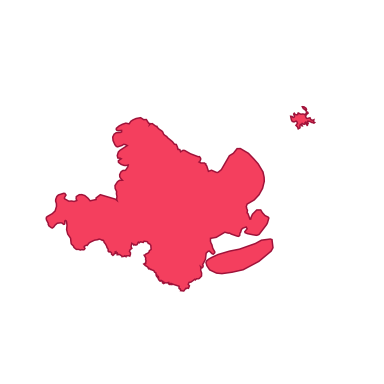 Bua, Northern, Fiji (Natural Earth projection), rotated 151°
{"feature_id": "14151628B59272471160482", "entity_name": "Bua", "entity_type": "district", "adm_level": 2, "iso_a3": "FJI", "parent_name": "Fiji", "parent_adm1": "Northern", "projection": "natural_earth1", "projection_center": [178.732, -16.793], "detail": "fine", "context": "isolated", "style": "filled", "palette": "rose", "viewbox_px": 384, "rotation_deg": 151, "n_neighbors": 0, "source": "geoboundaries", "source_scale": "gbopen_adm2", "svg_char_len": 6095}
<svg xmlns="http://www.w3.org/2000/svg" viewBox="0 0 384 384"><g transform="rotate(151 192 192)"><path d="M291.9,174.9L290.7,175.1L290.2,175.6L288.6,175.4L288.4,176.8L287.4,176.7L287.7,175.9L287.4,174.8L286.9,174.9L286.9,174.4L287.5,174.3L287.9,173.4L285.6,172.4L284.4,169.9L284.6,169.4L282.5,168.6L281.8,168.8L281.1,167.4L280.4,168.0L277.9,166.8L277.5,166.1L276.2,167.2L275.3,168.6L275.5,170.4L274.2,171.5L271.9,171.9L271.9,173.6L269.5,176.3L268.6,174.6L268.6,173.8L267.7,173.9L267.5,173.3L266.8,172.8L265.6,172.6L263.3,174.1L262.9,173.1L261.2,173.4L259.1,171.5L257.8,172.2L255.4,170.4L255.1,169.9L255.2,168.2L254.2,167.2L253.9,165.3L255.6,161.6L257.8,161.3L258.4,160.5L260.1,159.9L262.5,160.1L263.6,159.7L264.5,159.9L264.4,156.9L265.5,155.1L265.5,154.0L266.7,153.0L266.8,152.3L267.3,151.8L268.0,152.4L269.1,152.4L268.5,150.3L267.1,147.8L267.2,146.7L266.8,146.5L267.1,145.8L266.2,145.5L266.0,144.4L265.3,144.2L264.9,143.3L263.5,141.8L263.6,140.0L262.8,139.0L263.5,137.0L263.1,137.0L263.0,136.4L263.1,135.9L263.8,135.9L263.8,135.1L263.5,134.3L262.5,134.3L262.9,133.1L263.5,133.3L263.4,132.0L263.7,131.6L263.3,130.3L262.9,130.1L263.1,129.5L262.3,129.1L261.8,129.5L261.2,128.5L261.4,127.6L260.9,127.6L261.0,127.2L261.8,126.9L261.3,125.7L260.6,125.6L260.0,126.3L258.9,125.1L256.3,124.2L256.7,123.5L256.1,122.9L256.9,122.9L256.6,122.1L255.2,121.3L254.6,122.1L254.4,121.9L254.5,121.3L254.0,121.2L254.1,120.7L253.5,120.7L249.3,116.2L249.0,115.8L250.0,114.2L249.9,113.3L249.3,113.0L249.4,111.4L249.7,111.2L247.2,109.4L244.2,110.7L244.0,110.3L242.6,110.3L241.8,109.5L239.7,111.2L240.1,113.1L238.3,114.4L236.7,113.7L231.9,114.3L231.7,113.5L230.1,113.9L228.5,113.0L227.4,112.9L224.4,113.9L222.9,116.4L222.4,119.3L221.0,121.3L220.7,122.5L220.1,120.8L218.6,121.2L217.9,122.4L217.9,123.3L212.9,126.6L209.3,131.6L206.7,132.3L205.5,132.0L204.3,128.1L203.5,127.3L201.6,127.8L201.1,128.5L201.1,132.8L200.2,136.1L200.1,138.5L199.7,140.1L198.3,142.5L192.8,140.6L182.8,140.9L180.2,138.4L179.1,137.9L178.1,136.2L173.9,131.5L172.7,130.6L171.3,130.9L170.1,132.7L168.9,133.3L166.9,135.3L164.8,135.7L161.6,135.1L161.6,133.1L165.1,131.7L165.3,130.7L163.7,128.7L159.5,125.1L156.7,122.9L155.4,122.5L153.9,122.4L142.6,127.3L141.0,128.4L137.4,132.0L137.6,133.2L139.6,136.0L140.5,139.9L140.6,143.0L144.1,144.9L149.9,143.2L152.7,141.1L153.8,139.8L154.5,140.2L153.5,146.0L153.9,147.1L152.3,149.2L152.2,151.3L151.8,151.8L151.7,152.8L149.7,154.7L141.4,154.9L134.7,157.1L128.5,161.0L123.6,166.3L121.8,169.9L120.2,175.1L120.5,184.5L121.9,190.9L123.9,198.5L128.6,206.5L131.5,208.1L137.0,205.8L141.7,205.6L155.5,197.3L159.4,196.6L160.3,196.7L161.2,197.4L164.4,201.6L167.6,202.1L166.5,207.6L166.7,209.0L166.3,209.9L166.8,210.3L167.0,211.3L170.1,213.0L171.3,214.8L170.2,215.0L168.6,216.3L168.1,217.3L168.3,219.3L169.5,219.9L174.9,226.3L178.3,231.9L179.6,232.8L182.5,232.7L182.1,235.0L183.4,235.9L183.1,236.1L183.5,236.9L183.0,238.0L182.7,241.2L184.2,242.3L184.7,245.5L187.0,251.2L187.2,252.8L188.2,254.5L188.8,256.1L188.5,258.7L188.8,260.0L190.4,263.1L191.1,265.8L190.8,266.3L191.9,267.3L193.6,271.1L195.6,271.8L196.5,271.5L195.7,272.4L196.6,273.2L196.8,277.5L199.2,278.7L200.9,281.9L205.3,283.4L208.7,283.7L211.2,283.5L213.9,282.1L216.5,284.3L220.1,285.0L223.8,285.1L227.2,284.4L227.9,283.6L227.9,282.5L226.9,281.5L223.7,280.0L224.4,278.7L225.5,278.7L229.5,280.6L232.1,280.3L234.7,278.5L236.1,275.3L236.5,270.7L236.1,268.5L235.1,267.5L230.8,266.7L228.6,266.8L227.3,265.8L226.1,264.0L234.7,263.4L237.0,262.7L239.7,260.1L240.4,257.7L238.4,256.3L237.8,255.4L241.2,255.1L241.9,253.8L241.7,253.0L240.6,250.5L238.5,248.1L236.8,247.1L234.7,246.5L235.9,245.1L239.2,243.4L240.0,243.3L241.9,244.3L243.4,244.2L244.4,244.0L246.9,242.2L247.8,240.3L247.8,238.9L247.2,236.0L249.8,237.4L252.2,237.1L256.2,235.0L257.5,232.3L257.7,229.0L259.0,227.0L259.8,224.4L261.5,222.2L261.7,221.0L262.5,222.9L273.5,234.1L278.8,233.3L279.5,231.9L285.4,233.7L286.0,237.1L287.5,240.9L289.6,243.1L291.9,244.3L295.4,244.1L296.6,242.3L296.9,240.4L299.7,240.9L301.7,242.5L304.2,243.7L306.6,247.6L306.6,248.5L305.7,249.3L303.7,250.4L303.9,252.4L304.9,253.1L310.3,254.2L312.4,253.6L314.7,251.7L315.7,250.2L316.2,247.6L317.5,245.1L320.9,241.8L324.7,240.8L330.5,240.7L331.5,240.5L332.3,239.6L332.8,238.2L332.9,234.1L333.4,233.6L333.6,231.8L332.3,228.9L331.6,228.2L330.0,228.4L327.8,229.4L325.0,230.0L321.7,228.7L320.9,228.1L319.9,225.9L319.1,225.7L318.3,226.4L317.4,228.2L316.6,228.5L316.1,227.9L316.1,227.0L317.4,223.6L319.9,219.9L321.1,215.4L320.6,210.5L322.6,205.7L322.7,205.0L321.9,202.1L322.1,200.7L321.0,197.9L318.9,196.7L317.8,195.4L316.7,195.2L314.8,194.0L314.0,193.9L312.9,194.6L313.1,195.9L312.5,196.7L310.2,196.7L309.6,196.1L306.8,197.3L305.0,197.4L300.6,197.1L297.3,195.9L297.0,196.1L295.8,195.7L294.3,194.0L294.0,193.2L293.3,193.2L293.0,192.6L292.9,191.7L293.3,190.5L292.9,188.9L292.9,186.2L293.3,184.3L293.0,183.6L293.3,182.0L294.0,181.1L293.6,179.7L292.7,179.7L291.9,177.9L292.5,176.6L291.9,174.9ZM212.5,124.7L214.0,123.5L214.7,120.4L214.3,115.3L209.9,109.2L205.4,106.1L195.8,102.4L184.9,99.2L167.1,98.9L151.5,101.9L148.2,104.0L145.1,111.6L146.3,112.9L154.6,116.2L161.4,116.2L178.2,119.0L187.8,122.1L199.5,124.7L206.3,125.2L209.9,125.2L212.5,124.7ZM52.0,193.1L51.0,193.3L51.8,194.5L50.4,196.1L51.6,196.2L53.0,197.6L52.8,199.7L55.2,200.3L55.9,200.7L56.2,201.5L56.1,202.9L55.1,203.8L54.0,204.4L52.3,204.6L52.1,205.5L52.5,206.2L53.2,206.2L54.3,205.2L56.0,205.0L56.3,205.8L57.6,206.7L59.1,207.2L60.7,209.6L61.1,209.6L61.9,208.5L63.2,208.8L64.2,209.9L64.4,211.3L65.3,210.9L65.6,208.6L66.5,207.9L67.5,208.2L67.9,209.6L69.0,210.4L70.1,206.9L70.1,205.1L68.8,203.8L66.6,203.6L66.2,202.7L66.4,201.0L68.8,199.9L68.2,197.9L68.5,195.7L66.4,195.8L65.4,197.7L64.5,198.5L63.8,197.9L63.8,196.6L63.5,196.4L63.4,198.0L62.4,198.6L61.2,196.8L60.1,196.7L59.5,197.9L58.5,198.0L58.4,196.8L59.1,195.3L59.0,194.4L58.7,194.4L57.6,195.6L57.2,195.6L56.9,197.2L56.3,197.8L54.7,196.5L53.3,194.4L52.6,194.1L52.0,193.1ZM54.2,213.1L54.2,210.9L53.2,209.2L53.2,207.9L52.8,207.7L51.8,208.7L51.7,210.0L52.7,212.1L53.9,213.0L54.2,213.1Z" fill="#f43f5e" stroke="#9f1239" stroke-width="1.5"/></g></svg>